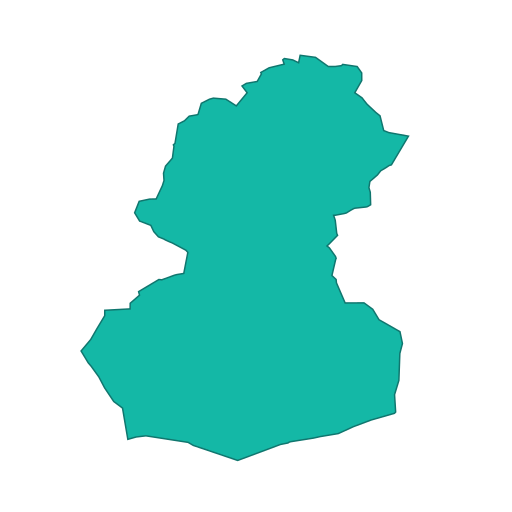 outline of Gboko, Benue, Nigeria, rotated 278°
{"feature_id": "59680162B69095881694103", "entity_name": "Gboko", "entity_type": "district", "adm_level": 2, "iso_a3": "NGA", "parent_name": "Nigeria", "parent_adm1": "Benue", "projection": "robinson", "projection_center": [8.956, 7.369], "detail": "fine", "context": "isolated", "style": "filled", "palette": "teal", "viewbox_px": 512, "rotation_deg": 278, "n_neighbors": 0, "source": "geoboundaries", "source_scale": "gbopen_adm2", "svg_char_len": 1895}
<svg xmlns="http://www.w3.org/2000/svg" viewBox="0 0 512 512"><g transform="rotate(278 256 256)"><path d="M395.9,390.3L396.7,370.3L398.0,365.0L412.1,359.3L414.8,354.7L421.8,344.8L425.1,341.3L427.3,339.1L431.4,331.1L444.5,336.3L452.0,335.2L457.7,329.8L457.8,315.2L456.4,314.2L454.7,308.1L453.7,301.2L461.0,287.3L460.9,271.8L453.3,271.3L455.3,265.1L455.5,256.6L454.0,255.2L449.9,257.2L444.2,242.8L438.4,235.2L437.0,236.0L429.0,232.9L425.6,222.4L422.4,218.5L416.4,224.5L401.9,215.6L402.0,215.4L407.1,204.3L406.4,191.8L404.8,188.1L399.6,180.6L388.2,178.9L387.6,177.9L385.2,170.4L379.9,166.3L375.9,160.6L356.2,160.1L354.6,158.7L353.2,159.5L341.3,159.6L332.4,153.9L325.1,152.9L318.0,154.4L312.6,153.5L298.6,149.2L297.5,142.6L293.9,132.7L281.9,129.8L274.4,135.9L271.7,147.6L265.9,151.4L261.4,156.7L260.0,162.3L259.3,164.0L258.1,168.0L257.3,171.2L252.0,185.7L250.1,188.0L228.7,186.9L228.6,186.7L226.6,180.2L225.6,177.8L219.3,166.0L219.2,163.1L204.4,144.7L201.0,146.1L191.7,138.0L186.1,138.7L181.2,113.8L175.8,114.5L161.9,108.6L150.2,103.9L137.6,96.0L126.8,104.8L124.0,108.0L114.4,117.2L104.4,124.4L92.1,135.4L86.8,145.0L56.6,154.6L60.1,162.5L62.6,172.0L62.0,214.7L59.7,220.3L51.0,266.3L72.8,306.5L75.3,313.7L76.4,314.9L77.0,316.4L83.7,338.3L86.1,344.7L91.6,362.2L100.5,376.1L109.6,392.8L119.5,415.0L120.9,416.0L138.0,412.5L152.7,414.8L179.5,412.0L189.7,413.2L201.1,409.1L210.0,386.7L219.5,379.0L224.6,369.5L221.9,350.8L240.6,339.4L243.9,338.6L247.2,333.9L263.9,335.4L264.8,335.7L266.6,334.8L274.2,327.6L275.8,324.9L278.3,326.9L287.8,333.9L289.6,332.8L302.4,329.5L307.1,327.2L307.4,328.8L309.5,335.0L310.3,337.4L311.2,339.5L314.4,343.3L316.7,346.4L317.2,347.6L318.1,351.2L319.5,356.8L319.9,358.3L320.3,359.3L321.0,360.3L322.7,362.4L335.0,360.3L339.4,358.3L345.7,358.4L353.2,365.0L357.7,367.6L362.1,373.0L364.1,375.2L365.1,377.4L395.9,390.3Z" fill="#14b8a6" stroke="#0f766e" stroke-width="1.5"/></g></svg>